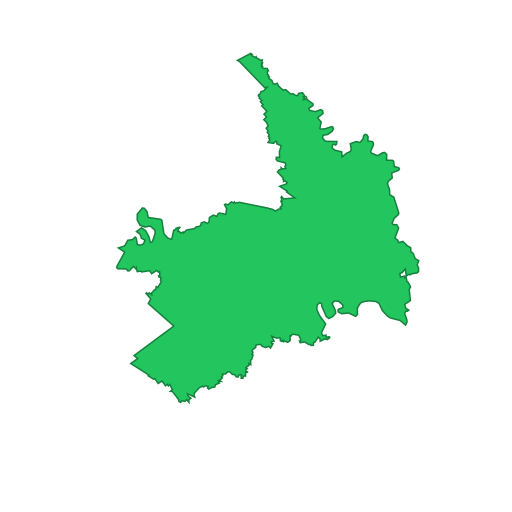 Pánuco, Veracruz, Mexico, rotated 46°
{"feature_id": "50627088B51457701094932", "entity_name": "Pánuco", "entity_type": "district", "adm_level": 2, "iso_a3": "MEX", "parent_name": "Mexico", "parent_adm1": "Veracruz", "projection": "mercator", "projection_center": [-98.304, 22.081], "detail": "fine", "context": "isolated", "style": "filled", "palette": "green", "viewbox_px": 512, "rotation_deg": 46, "n_neighbors": 0, "source": "geoboundaries", "source_scale": "gbopen_adm2", "svg_char_len": 6150}
<svg xmlns="http://www.w3.org/2000/svg" viewBox="0 0 512 512"><g transform="rotate(46 256 256)"><path d="M102.4,133.4L104.5,132.8L140.9,132.8L142.3,130.8L142.5,135.8L141.2,138.3L142.5,141.1L141.8,141.9L142.3,143.1L144.2,143.1L144.8,144.1L148.1,143.6L148.1,145.7L151.9,145.7L151.9,147.6L159.5,147.7L159.5,151.8L163.3,151.8L163.3,155.7L167.2,155.6L170.9,156.9L171.1,159.9L174.5,160.4L174.9,162.1L178.0,162.2L178.4,164.1L180.3,163.9L180.4,165.0L182.0,165.3L182.7,168.5L187.2,165.1L187.2,162.2L188.3,161.6L189.9,163.1L194.1,161.3L197.3,166.8L201.5,170.6L199.1,172.8L200.5,174.4L202.7,174.5L209.4,170.3L211.1,171.2L211.6,173.0L213.8,173.7L211.7,176.5L209.9,176.6L211.1,177.8L210.1,179.4L210.4,182.2L219.2,182.3L219.5,183.4L220.8,183.3L221.6,184.4L222.0,183.1L224.8,182.5L225.2,184.2L222.3,190.6L230.9,188.5L231.1,189.6L241.3,187.7L234.0,196.5L231.0,196.2L231.1,197.1L234.6,199.2L233.9,200.0L237.7,201.6L237.8,204.8L239.5,205.3L238.0,207.1L237.1,211.0L234.1,211.6L229.8,214.2L205.8,230.7L203.3,234.3L202.1,234.0L202.2,235.3L199.9,236.1L199.8,240.5L197.4,241.8L197.2,243.0L201.6,244.3L205.0,248.9L199.7,252.4L199.3,254.1L200.3,256.7L196.9,258.3L196.0,262.8L198.9,266.2L198.8,268.4L195.6,269.4L194.2,272.4L195.5,274.5L195.3,276.3L193.5,278.6L193.5,281.2L189.1,287.9L189.1,292.2L188.0,291.8L187.5,294.0L185.0,294.2L184.1,295.2L182.6,292.7L182.6,290.3L180.5,294.2L181.2,294.8L180.3,297.3L185.5,305.1L182.0,306.9L176.0,306.8L164.7,298.8L162.9,299.4L153.5,306.7L148.1,303.5L144.1,303.2L142.5,304.4L143.4,312.3L147.5,316.4L153.3,318.1L158.0,315.8L161.0,311.3L167.2,310.7L169.6,312.8L173.8,320.7L172.8,322.5L168.0,319.8L161.2,317.8L156.2,318.7L155.4,325.0L159.7,324.2L163.6,326.1L167.5,324.8L169.1,328.6L167.9,331.6L165.4,333.5L159.8,329.6L158.4,329.8L158.4,333.5L155.6,337.3L157.5,343.4L154.6,349.4L162.0,347.8L166.6,362.7L167.6,364.3L169.2,364.3L175.1,358.4L177.9,358.5L178.6,357.3L178.4,351.3L181.9,351.4L181.4,350.4L184.7,352.3L187.1,349.2L188.1,349.3L192.6,342.8L196.3,343.3L197.4,337.5L199.8,337.4L200.2,336.2L202.7,338.1L202.6,339.9L203.9,340.4L205.1,339.1L207.2,341.6L208.8,342.1L210.4,348.6L208.7,349.0L210.5,351.5L209.8,352.4L210.1,357.0L211.4,357.9L208.4,358.4L208.1,360.4L206.6,360.2L206.5,361.1L213.7,361.5L215.4,366.5L249.3,363.8L242.9,412.9L247.6,412.3L246.3,420.8L267.1,415.8L267.3,416.8L273.6,415.2L273.9,414.0L279.8,414.9L280.6,410.4L286.5,411.3L286.5,409.0L288.6,409.3L288.5,407.2L294.1,409.1L293.9,411.6L295.5,410.2L306.0,411.5L306.9,412.5L308.9,411.9L308.7,409.9L311.3,407.9L311.1,405.8L310.4,405.5L314.7,405.9L312.8,404.2L313.1,401.6L309.7,402.2L307.5,401.0L314.9,398.1L312.8,397.1L311.8,395.3L311.4,388.4L312.4,385.0L313.8,384.7L314.2,382.6L316.4,380.9L317.2,382.5L319.0,382.4L319.7,379.5L321.6,376.7L320.5,374.5L321.9,370.7L320.7,370.8L320.5,369.8L321.7,368.5L319.7,369.1L320.4,368.0L320.3,364.9L318.9,365.0L319.1,363.0L317.6,362.3L319.8,359.6L319.5,357.1L321.2,355.3L324.7,355.3L326.5,353.8L329.3,354.1L330.8,352.7L329.7,351.4L331.0,349.0L333.6,351.6L334.9,350.4L333.5,348.5L335.1,347.0L332.4,344.1L334.1,342.4L331.9,343.2L330.4,341.9L331.0,340.6L329.3,340.6L329.7,336.8L328.4,335.8L330.5,335.2L327.2,332.3L327.3,330.7L325.1,326.8L323.9,327.3L323.1,324.9L321.8,325.1L321.0,323.9L321.5,319.6L320.2,318.3L320.7,316.6L322.9,314.1L325.3,314.3L328.6,312.5L330.0,309.4L332.3,309.5L330.9,304.8L329.7,305.5L328.4,304.6L329.8,302.2L324.7,300.4L329.1,298.4L331.6,295.5L334.0,297.4L335.3,296.7L335.1,295.2L336.8,295.9L337.2,294.5L340.1,293.1L340.6,290.2L337.0,286.9L337.9,286.3L337.4,285.0L338.2,283.6L342.7,280.3L347.1,281.8L348.0,283.0L347.3,283.8L349.1,284.5L351.6,280.7L356.3,279.6L357.4,278.3L358.5,278.6L360.1,276.8L358.3,274.7L358.9,273.3L357.6,267.6L360.3,267.6L361.9,269.0L363.6,263.9L365.5,262.9L366.0,260.7L365.7,259.4L364.9,259.4L363.3,261.9L361.5,260.6L360.0,263.0L358.2,263.0L356.5,261.7L353.3,253.1L342.8,251.6L336.6,249.4L333.7,246.0L333.9,242.5L335.8,241.9L337.7,243.5L348.3,247.5L351.6,247.0L352.9,242.7L352.5,238.4L350.2,236.7L343.1,234.3L342.9,230.6L346.1,228.0L351.5,227.6L353.4,229.4L351.7,233.3L351.8,234.6L353.3,235.7L357.0,234.5L361.3,229.0L368.7,226.2L368.5,223.6L363.7,219.1L362.4,213.3L364.1,209.4L367.0,205.7L372.1,201.3L375.5,200.4L383.0,203.0L390.2,203.2L393.9,202.4L402.5,197.1L409.6,196.4L408.5,193.3L406.7,191.8L400.6,189.0L399.7,186.4L400.9,185.6L401.1,183.7L397.6,184.5L394.1,182.8L395.3,175.9L386.6,169.1L385.5,166.2L380.5,164.8L379.7,165.3L375.3,162.6L375.2,164.1L373.7,163.0L371.4,166.7L368.5,164.7L369.5,162.5L369.0,157.6L374.8,161.7L375.3,159.0L376.7,158.1L376.9,156.4L380.1,151.8L380.1,149.8L377.3,147.2L374.3,146.3L372.5,142.2L368.3,143.3L363.5,141.2L360.3,141.4L357.5,139.0L353.5,140.1L347.5,140.2L345.4,144.1L343.2,143.1L339.6,143.5L335.0,134.0L331.3,133.0L328.6,135.5L327.1,135.5L324.9,130.7L325.1,124.8L324.2,123.4L309.4,116.0L304.8,117.2L300.8,113.7L295.4,111.3L294.2,108.9L294.5,103.8L290.5,100.7L293.4,93.9L293.0,92.4L291.7,92.0L287.7,94.4L283.5,91.2L282.1,91.3L277.8,95.5L273.7,91.4L270.9,91.5L269.6,93.3L268.3,98.9L262.0,101.5L260.2,100.7L257.8,94.6L256.3,93.1L254.7,92.8L251.0,95.6L248.0,92.5L246.0,92.1L244.2,93.0L244.2,94.9L246.1,97.7L246.6,102.3L243.2,104.5L240.7,110.2L245.4,113.3L246.4,115.4L245.0,119.4L244.5,125.2L240.6,122.0L234.7,125.8L231.0,126.2L229.3,123.5L229.8,122.2L231.4,121.8L231.5,120.4L229.8,118.3L222.3,125.8L220.5,126.5L217.1,126.0L215.8,123.9L218.4,120.0L219.2,114.7L218.3,112.0L216.8,111.2L215.5,111.6L212.6,117.7L209.9,121.1L208.6,121.5L204.9,116.0L199.4,115.7L200.0,108.7L197.8,107.2L195.7,107.7L193.4,113.0L188.5,116.3L186.4,115.4L187.4,110.7L186.3,109.3L179.1,110.6L177.1,109.7L177.8,111.2L176.4,113.2L175.9,111.4L174.5,111.3L175.5,109.9L170.8,109.1L168.6,112.5L169.6,114.5L168.1,115.9L165.2,116.6L163.4,118.6L157.2,119.0L155.3,121.4L149.5,121.7L146.5,120.8L145.4,123.3L144.0,124.0L140.7,122.6L137.2,123.4L136.4,122.0L135.5,122.6L134.7,121.3L133.1,121.6L130.6,118.7L131.1,118.4L128.9,117.7L126.0,120.5L123.7,120.5L124.0,119.5L122.7,119.7L122.4,118.4L121.5,118.4L121.7,117.1L120.6,117.1L119.3,115.3L118.5,116.6L113.4,118.1L112.8,117.5L112.6,118.5L108.9,119.8L107.8,119.7L108.1,118.8L106.6,119.0L102.4,133.4Z" fill="#22c55e" stroke="#15803d" stroke-width="1.5"/></g></svg>